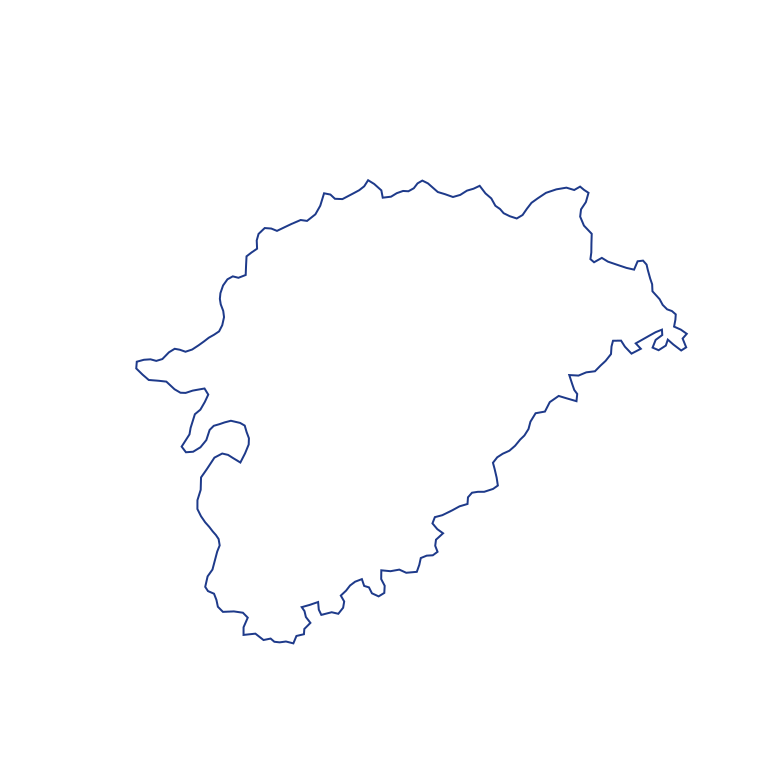 Conchas, São Paulo, Brazil, rotated 223°
{"feature_id": "56859067B88787741870542", "entity_name": "Conchas", "entity_type": "district", "adm_level": 2, "iso_a3": "BRA", "parent_name": "Brazil", "parent_adm1": "São Paulo", "projection": "natural_earth1", "projection_center": [-48.053, -22.963], "detail": "fine", "context": "isolated", "style": "outline", "palette": "blue", "viewbox_px": 768, "rotation_deg": 223, "n_neighbors": 0, "source": "geoboundaries", "source_scale": "gbopen_adm2", "svg_char_len": 3658}
<svg xmlns="http://www.w3.org/2000/svg" viewBox="0 0 768 768"><g transform="rotate(223 384 384)"><path d="M237.7,392.3L245.3,397.4L250.6,400.7L251.2,407.6L249.6,414.0L246.8,420.7L246.0,428.2L246.5,436.2L246.2,442.1L247.6,449.6L251.2,456.3L253.2,466.0L247.5,473.6L250.4,483.8L248.1,494.4L240.8,498.0L231.5,502.7L235.9,508.5L240.8,509.4L246.3,512.3L254.6,516.9L247.5,522.8L244.0,530.5L238.4,537.2L238.2,545.1L237.7,552.0L238.4,560.7L243.2,566.6L246.0,571.8L240.2,577.4L233.3,575.6L223.7,575.0L220.2,584.9L227.6,585.4L225.8,591.1L223.0,600.0L220.7,607.1L217.8,613.3L213.9,609.6L215.4,601.5L212.4,593.8L206.2,596.0L204.1,604.3L206.7,610.0L199.4,610.2L189.5,611.2L188.0,616.9L196.6,620.9L196.8,627.2L204.0,626.2L211.0,623.8L214.7,629.7L218.1,633.9L223.2,633.7L227.9,631.7L234.1,631.9L240.3,634.0L250.9,634.9L255.9,639.8L261.3,642.7L268.8,647.3L273.4,650.4L278.7,650.9L282.2,646.7L279.1,638.2L285.8,634.3L292.8,631.1L298.8,628.4L303.7,626.2L310.7,624.8L313.4,616.3L318.2,616.1L322.1,621.6L328.0,628.1L334.5,635.5L345.8,636.2L354.7,640.2L359.0,646.1L360.4,654.7L364.8,663.3L370.0,662.4L375.2,662.1L377.2,655.6L384.5,652.0L390.7,643.9L395.9,634.3L398.2,624.6L399.7,617.1L399.0,609.6L397.9,602.1L399.8,595.6L406.4,592.5L413.0,590.5L418.4,591.1L424.1,590.3L432.1,592.9L439.8,592.6L449.2,594.2L451.7,587.9L455.2,582.0L457.2,574.3L461.1,567.8L468.9,564.4L475.6,561.1L488.7,560.7L494.7,558.9L496.3,553.6L495.7,547.5L497.6,541.6L501.7,538.2L504.8,532.3L506.6,525.8L512.0,519.4L518.0,523.8L527.6,523.6L534.6,522.2L533.3,515.1L534.3,508.8L536.5,502.3L540.5,490.9L546.2,486.0L552.4,486.0L557.9,482.6L552.2,470.9L549.9,461.3L551.5,450.8L556.8,447.1L560.8,438.0L563.3,431.7L566.7,423.0L572.5,420.8L577.6,416.7L578.1,408.2L575.0,402.2L569.1,396.4L570.6,389.7L571.6,383.6L565.7,376.6L559.5,369.4L562.9,362.4L568.0,359.6L569.9,353.8L568.9,346.3L565.6,338.9L562.1,334.3L557.7,330.9L551.4,327.8L546.6,323.8L542.4,316.7L540.5,310.0L541.9,304.1L543.7,298.4L544.7,292.3L546.0,285.8L547.8,278.4L551.2,272.2L556.7,269.8L561.1,267.0L562.9,260.5L563.1,251.1L566.3,245.6L571.6,242.8L576.1,238.0L580.0,231.7L575.8,226.4L567.0,226.2L558.8,226.5L551.0,232.7L544.8,237.3L539.0,237.3L533.6,237.3L526.9,238.8L523.0,242.2L519.4,248.7L516.2,253.0L512.2,258.3L505.3,256.4L502.8,248.7L500.8,240.0L501.7,232.9L495.5,220.0L491.9,214.5L490.7,207.9L489.3,200.2L482.3,199.0L477.4,204.3L475.1,212.6L475.7,221.8L480.2,231.5L480.0,237.3L476.9,242.5L474.4,247.2L470.9,252.7L462.7,257.4L457.5,258.6L451.8,255.2L445.8,252.2L441.7,247.5L438.3,238.5L435.5,228.6L444.3,226.8L449.7,225.8L454.9,222.8L457.8,214.5L455.5,200.9L454.1,190.9L445.9,181.6L441.2,171.8L435.2,165.3L427.7,162.5L420.5,160.9L414.2,160.3L408.9,159.4L403.9,158.9L399.2,157.8L394.1,153.9L391.7,147.7L382.9,131.3L381.8,123.0L376.4,113.7L371.5,112.5L365.3,114.7L359.3,111.8L353.6,107.8L346.4,107.5L338.7,115.3L331.2,120.5L324.3,120.2L320.8,110.3L315.6,104.7L307.8,113.7L297.5,114.6L293.3,120.5L288.4,120.7L284.1,123.9L280.1,128.8L273.4,132.5L276.2,140.0L271.9,146.4L275.2,150.5L274.9,159.1L282.2,160.3L287.3,163.7L292.0,164.7L287.9,171.4L283.5,179.6L277.8,174.5L272.4,172.4L266.6,181.4L260.7,184.8L261.3,192.5L264.8,197.8L271.3,199.8L270.8,207.0L271.4,213.5L270.3,219.7L267.1,226.2L260.8,222.8L256.3,225.0L250.1,222.7L243.1,225.0L241.3,231.4L245.9,236.9L253.0,239.4L258.9,245.9L251.6,251.5L246.2,258.7L239.0,261.1L231.9,269.0L234.9,275.9L238.4,281.8L235.7,287.6L231.5,292.0L230.4,297.8L236.2,300.6L239.8,305.6L239.0,315.1L246.0,314.2L253.5,315.1L256.0,321.3L251.9,327.8L248.0,338.0L245.3,346.1L241.1,353.2L245.3,358.4L245.5,364.5L241.8,369.2L237.2,373.5L232.7,381.6L231.5,387.4L237.7,392.3Z" fill="none" stroke="#1e3a8a" stroke-width="2"/></g></svg>